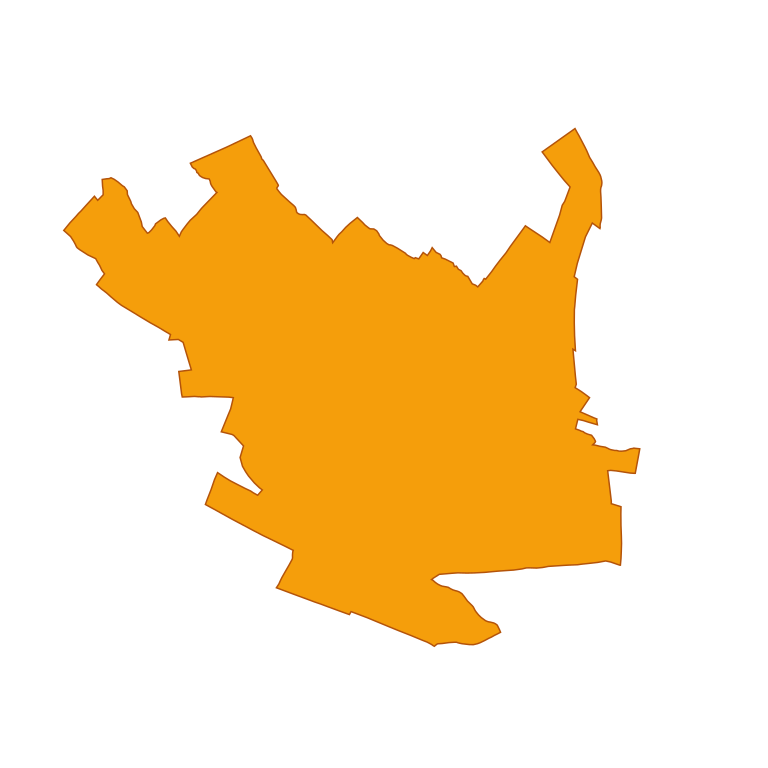 Costesti, Iasi, Romania (orthographic projection), rotated 344°
{"feature_id": "2599482B63280178112896", "entity_name": "Costesti", "entity_type": "district", "adm_level": 2, "iso_a3": "ROU", "parent_name": "Romania", "parent_adm1": "Iasi", "projection": "orthographic", "projection_center": [26.927, 47.235], "detail": "fine", "context": "isolated", "style": "filled", "palette": "amber", "viewbox_px": 768, "rotation_deg": 344, "n_neighbors": 0, "source": "geoboundaries", "source_scale": "gbopen_adm2", "svg_char_len": 5943}
<svg xmlns="http://www.w3.org/2000/svg" viewBox="0 0 768 768"><g transform="rotate(344 384 384)"><path d="M645.8,256.8L646.6,255.0L647.7,253.5L648.3,252.2L648.9,250.7L649.3,248.8L649.5,244.4L649.4,242.8L648.8,239.9L646.8,233.2L645.8,228.9L644.1,222.8L643.2,215.8L642.4,211.4L639.8,198.8L639.0,195.6L638.0,191.1L600.0,204.5L605.9,220.1L610.5,231.2L613.4,238.0L617.2,245.9L611.0,254.3L608.0,258.3L604.6,261.3L599.3,270.1L582.4,293.7L576.7,286.4L574.9,284.3L565.5,273.3L563.5,270.9L561.4,272.6L552.5,279.5L543.2,286.7L537.5,291.5L529.5,297.1L523.6,301.5L518.5,305.6L510.6,311.3L510.1,310.7L509.4,310.2L508.3,311.1L507.4,312.3L500.9,316.5L499.3,314.3L496.4,312.0L494.2,303.6L493.0,303.0L491.8,301.9L490.3,299.2L489.3,296.3L487.1,294.2L486.1,290.7L484.0,290.5L483.8,286.8L477.4,280.9L474.2,278.6L474.2,276.5L473.6,274.8L470.4,271.9L467.9,266.2L465.4,268.9L461.1,272.4L457.9,268.4L451.9,273.3L448.9,271.2L447.6,271.8L445.1,269.7L442.1,266.8L441.0,265.2L440.8,264.4L434.3,257.1L430.3,253.2L428.6,252.1L427.2,251.6L425.4,249.7L422.8,245.5L420.5,240.0L420.4,238.3L419.8,236.5L419.2,234.7L417.0,232.2L413.4,231.0L412.3,229.8L409.5,225.9L408.0,222.9L404.3,216.6L395.7,220.2L390.3,222.9L385.4,226.0L382.1,227.7L379.8,229.3L373.6,234.1L373.6,233.5L373.8,232.3L373.9,231.2L373.6,230.5L370.7,225.6L366.7,219.4L362.9,212.8L359.0,206.0L356.3,201.5L355.5,200.1L354.2,199.1L352.4,198.7L350.0,197.8L349.0,197.0L347.9,195.8L347.4,194.7L347.6,192.1L347.5,189.7L346.4,187.5L343.5,183.1L337.6,173.5L336.3,170.6L334.9,167.0L335.0,166.1L335.3,165.7L336.9,164.4L337.2,163.9L337.0,162.8L336.2,159.6L329.6,135.7L328.6,134.2L328.5,131.6L326.2,121.8L325.1,115.8L325.1,112.6L324.9,111.2L324.1,108.6L297.5,113.0L258.7,118.4L259.5,122.6L260.8,124.6L261.7,125.2L262.1,125.9L262.5,127.6L262.4,129.0L263.0,129.8L263.4,130.0L264.1,132.7L265.3,134.2L266.5,135.5L269.3,137.4L271.6,138.3L272.5,138.8L272.8,141.1L272.6,143.3L272.7,144.6L273.2,146.7L274.2,149.5L275.4,152.9L276.2,153.8L259.5,163.4L256.8,165.0L250.7,169.3L242.9,173.2L239.2,175.7L233.7,179.8L231.2,181.8L228.0,185.6L226.1,179.6L223.4,174.1L220.9,168.2L219.6,164.1L218.1,164.0L214.8,164.7L208.5,167.1L207.4,168.6L202.9,171.9L199.6,173.7L198.1,173.8L195.0,166.0L195.4,161.3L194.6,151.2L192.3,146.7L190.9,141.2L190.9,138.6L189.6,131.2L190.4,127.5L188.7,122.9L187.2,121.3L184.0,116.5L181.1,112.9L178.4,110.5L176.5,110.8L174.0,110.3L169.5,109.7L168.0,116.3L167.4,120.4L166.2,124.7L159.4,128.5L157.4,123.7L146.8,130.2L140.4,134.2L137.4,135.8L133.9,138.1L126.4,142.6L118.5,148.1L123.4,155.9L125.0,161.1L125.8,164.7L126.2,167.4L126.7,168.6L128.5,171.0L135.0,178.4L141.4,184.0L142.4,188.4L143.3,191.6L144.2,197.1L145.7,201.1L140.4,205.0L135.9,208.5L135.0,209.3L136.6,211.6L138.5,214.7L142.3,219.8L145.7,225.2L150.3,232.1L153.3,236.0L158.6,241.7L163.7,247.2L167.8,251.7L176.1,260.6L182.5,267.0L187.5,272.4L192.4,277.6L191.3,279.4L189.4,282.4L198.6,284.5L202.4,288.6L202.4,289.1L202.5,301.6L202.7,317.3L200.4,317.0L190.2,315.4L186.7,337.8L186.5,340.9L191.4,342.1L198.4,343.7L202.4,345.2L203.7,345.5L204.5,346.0L213.2,348.0L222.1,350.9L231.4,353.9L235.4,355.6L232.9,360.1L229.7,365.7L225.4,371.1L214.4,385.1L224.0,390.6L225.5,392.1L231.9,404.8L225.4,415.0L225.3,424.1L226.8,430.2L228.4,435.1L232.1,443.3L235.6,449.3L237.8,452.3L231.9,456.1L228.4,452.6L226.3,450.1L221.4,445.8L215.3,440.1L209.6,434.7L205.0,429.7L199.6,423.3L194.7,429.2L188.7,437.8L181.9,446.7L179.1,450.6L185.3,456.7L200.5,471.9L218.1,488.9L225.9,496.3L242.2,510.9L250.9,518.9L250.2,519.9L249.6,521.2L248.9,523.1L248.2,525.7L247.9,526.4L247.5,527.1L242.8,531.9L237.2,537.3L232.5,541.9L229.8,544.9L227.8,547.3L224.4,550.2L236.3,559.0L242.4,563.5L250.6,569.5L257.5,574.6L262.4,578.0L268.6,582.6L277.9,589.4L285.5,594.9L287.2,596.1L289.6,593.7L303.3,603.9L313.6,612.1L321.9,618.7L329.9,625.0L340.6,633.2L350.4,641.0L354.2,643.9L356.1,645.7L358.0,647.6L359.2,649.1L360.1,650.0L361.9,649.2L363.8,648.5L368.5,649.5L375.3,650.5L380.3,651.6L382.5,652.2L383.7,653.1L385.4,654.1L387.5,655.2L394.2,658.0L398.1,659.2L402.4,659.4L405.0,659.2L410.2,658.3L414.8,657.3L417.5,656.9L420.8,656.1L424.2,655.5L427.6,654.8L427.3,652.1L426.6,648.1L426.3,646.8L425.0,645.2L423.7,644.0L420.6,642.2L418.9,641.4L417.3,640.3L416.2,639.3L413.1,635.3L411.2,632.0L409.6,628.2L409.1,626.6L408.4,623.0L407.7,621.4L404.4,615.6L402.3,609.8L401.1,607.0L400.1,605.8L398.7,604.3L397.0,603.1L395.6,602.3L393.5,600.9L391.4,599.0L389.8,597.2L388.2,596.3L384.1,594.3L382.4,593.0L380.4,591.1L378.6,588.8L376.8,586.0L375.8,585.1L377.9,584.2L384.7,582.2L391.7,583.6L397.3,584.7L403.0,585.9L411.6,588.6L418.4,590.4L429.2,592.9L435.7,594.1L442.0,595.3L451.4,597.3L457.4,598.6L465.7,599.8L470.0,600.0L472.5,600.6L480.0,603.0L485.9,604.1L489.0,604.4L491.6,604.6L500.3,606.5L506.3,607.8L511.2,608.9L520.3,611.1L524.6,611.7L529.6,612.6L540.2,614.4L548.3,615.2L552.8,617.6L560.5,623.0L561.3,623.3L563.7,617.1L566.0,610.2L568.4,602.7L570.2,595.8L572.8,585.3L575.9,574.1L578.0,567.3L569.5,561.7L570.2,559.3L571.6,550.7L573.9,536.4L575.1,529.0L578.1,529.5L583.4,531.6L596.2,537.5L600.4,539.0L600.9,539.1L610.0,520.9L612.0,516.8L611.8,516.7L607.8,515.1L606.5,514.5L605.1,514.5L602.9,514.2L598.0,514.8L594.0,514.1L591.4,513.3L589.8,512.3L589.2,512.0L587.5,511.5L585.0,510.2L583.4,509.3L582.3,508.4L581.6,507.7L579.3,505.7L574.4,503.4L572.5,502.3L570.2,501.0L567.8,500.0L568.3,499.7L569.5,499.1L570.7,498.4L571.5,497.5L571.0,494.7L569.4,490.5L565.9,488.3L563.5,486.3L562.2,484.6L560.8,483.8L559.2,482.4L555.7,479.9L560.6,471.4L565.6,474.1L569.8,476.9L577.9,482.0L578.4,477.6L579.0,476.3L576.6,474.5L564.8,464.7L577.8,453.8L575.6,450.8L571.7,445.8L566.7,440.2L568.8,437.2L570.0,430.1L575.2,402.6L577.2,404.8L580.5,390.1L583.8,377.5L587.5,365.0L588.7,362.1L592.7,351.6L598.9,336.7L596.4,333.3L603.1,321.3L608.1,313.6L618.2,298.1L628.6,286.7L634.4,294.1L634.9,293.3L635.3,291.5L636.0,289.6L638.1,286.1L638.9,284.4L641.8,273.2L644.0,264.4L645.2,258.9L645.8,256.8Z" fill="#f59e0b" stroke="#b45309" stroke-width="1.5"/></g></svg>